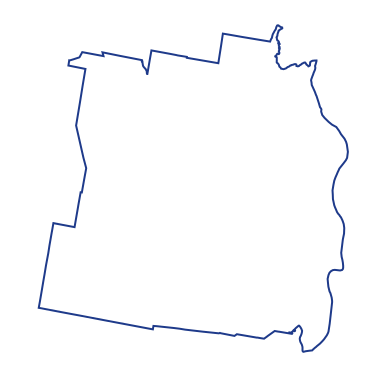 the district of San Jerónimo, Santa Fe, Argentina, rotated 358°
{"feature_id": "61730980B41711157234352", "entity_name": "San Jerónimo", "entity_type": "district", "adm_level": 2, "iso_a3": "ARG", "parent_name": "Argentina", "parent_adm1": "Santa Fe", "projection": "natural_earth1", "projection_center": [-60.965, -32.143], "detail": "fine", "context": "isolated", "style": "outline", "palette": "blue", "viewbox_px": 384, "rotation_deg": 358, "n_neighbors": 0, "source": "geoboundaries", "source_scale": "gbopen_adm2", "svg_char_len": 5634}
<svg xmlns="http://www.w3.org/2000/svg" viewBox="0 0 384 384"><g transform="rotate(358 192 192)"><path d="M324.2,113.8L323.6,112.7L322.9,111.7L321.9,107.7L319.8,100.4L319.3,99.3L318.3,96.2L316.5,91.8L315.4,89.2L315.3,87.0L314.9,84.5L315.2,83.4L316.5,80.2L317.1,78.9L317.7,77.2L319.0,74.5L319.4,73.3L319.6,72.2L319.5,71.6L319.4,70.2L319.7,69.5L320.2,68.1L320.4,67.5L321.0,65.4L321.0,64.9L318.9,64.9L318.0,65.0L317.1,65.0L316.6,65.2L315.9,65.5L315.4,65.8L315.0,66.1L314.6,66.5L314.6,67.2L314.5,67.7L314.4,68.3L314.3,69.4L314.2,69.7L313.8,70.0L312.8,70.5L312.7,70.5L312.5,70.2L312.4,69.9L312.0,69.5L311.6,69.2L311.0,68.8L310.7,68.3L310.6,68.0L310.1,67.5L310.0,67.0L309.5,66.5L308.7,66.6L308.0,66.8L307.6,67.0L306.9,67.5L306.3,67.6L305.2,68.6L304.8,68.8L304.2,69.0L303.7,69.4L303.5,69.7L303.3,69.8L302.8,69.9L302.4,70.1L301.7,70.0L301.5,69.9L300.8,69.7L300.8,68.8L300.7,68.2L300.2,67.9L299.9,67.8L299.0,67.8L298.2,68.0L297.9,68.2L297.0,68.4L295.8,68.6L295.3,69.0L294.7,69.0L293.8,69.7L293.0,70.2L292.1,70.4L291.2,71.0L290.5,71.6L289.7,71.9L288.0,72.4L287.5,72.4L286.5,72.1L286.0,72.0L285.4,71.9L285.2,71.7L284.9,70.9L284.6,70.5L284.3,70.3L284.0,70.1L283.8,69.9L283.6,69.4L283.3,68.1L283.1,67.7L282.7,67.0L282.2,66.4L281.9,66.1L281.5,65.9L281.4,65.8L281.3,65.6L281.2,65.4L281.2,65.1L281.2,64.7L281.3,64.3L281.3,63.8L281.4,60.8L281.4,60.5L281.2,60.3L281.0,60.2L280.4,59.8L280.0,59.6L279.9,59.4L279.9,59.2L280.0,59.1L280.3,59.0L280.8,59.1L281.0,59.0L281.0,58.7L281.1,58.2L281.9,57.0L282.2,56.8L282.4,56.8L282.7,56.8L283.0,56.9L283.2,57.1L283.5,57.2L283.8,57.0L283.9,56.9L284.1,56.3L284.2,56.1L284.1,55.6L283.9,55.0L283.7,54.7L283.7,54.3L283.7,54.1L284.0,53.7L284.2,53.2L284.1,52.8L284.1,52.6L284.2,52.4L284.7,52.0L284.7,51.9L284.0,51.4L283.9,51.3L283.9,50.9L284.0,50.8L284.2,50.7L284.6,50.6L284.7,50.3L284.5,49.9L284.1,49.3L283.9,49.1L283.9,48.8L283.9,48.4L283.9,48.1L284.1,47.7L284.3,47.6L284.7,47.3L284.8,47.2L284.7,46.9L284.4,46.7L283.4,46.6L283.3,46.3L283.3,46.2L283.5,45.8L284.1,45.6L284.2,45.4L283.8,44.5L283.4,44.0L283.0,43.6L282.6,43.5L282.5,43.3L282.4,43.0L282.4,42.8L282.1,41.8L282.1,41.6L282.2,41.1L282.2,40.8L281.9,40.5L282.0,40.2L282.1,39.9L282.3,39.5L282.8,38.9L282.8,38.4L282.9,37.9L283.0,37.2L283.7,35.3L283.9,35.0L284.0,34.3L284.1,34.0L284.2,33.8L284.5,33.8L284.8,33.6L285.1,33.1L285.3,33.0L285.6,32.8L286.1,32.6L286.5,32.3L287.1,32.0L287.7,31.8L287.8,31.7L288.0,31.4L287.9,31.1L287.8,30.8L287.8,30.7L286.8,30.4L285.7,29.7L284.9,29.3L284.6,28.8L284.3,28.6L283.8,28.4L283.5,28.4L282.9,28.6L282.5,29.3L282.0,30.2L281.3,32.5L280.5,33.4L278.3,37.1L277.8,38.5L277.2,40.8L276.3,42.1L275.3,44.4L265.3,42.4L250.5,39.4L248.0,38.9L234.3,36.0L228.4,34.8L226.2,46.6L222.8,64.2L212.7,62.1L191.5,57.7L191.6,56.8L188.6,56.2L182.5,55.0L181.1,54.6L175.0,53.2L156.4,49.1L154.6,57.5L153.4,63.3L152.7,66.7L151.5,72.5L151.3,72.5L151.1,72.2L151.0,71.4L151.0,70.2L150.9,69.9L150.9,69.4L150.6,68.9L150.0,67.7L149.9,67.4L149.3,66.8L148.9,66.3L148.5,65.8L148.1,65.3L147.9,65.0L147.6,64.5L147.4,63.7L147.2,62.4L147.0,60.5L147.0,60.4L146.9,60.4L146.7,60.5L146.5,60.2L146.4,59.8L146.5,59.6L146.7,59.3L146.8,58.9L146.8,58.7L146.7,58.5L124.6,53.4L107.4,49.3L108.3,53.1L87.2,48.4L84.4,53.2L83.9,53.6L83.6,53.7L82.1,54.1L79.0,55.0L78.7,55.1L75.3,56.0L74.6,56.2L74.3,56.2L73.9,56.1L72.9,61.3L82.2,63.5L89.8,65.3L86.5,81.5L83.2,98.3L78.5,121.5L84.7,154.0L87.1,164.5L86.5,167.3L84.9,174.6L81.9,188.6L80.7,188.4L77.8,201.9L77.8,202.0L73.4,223.0L52.4,218.3L50.7,226.3L50.5,227.1L47.7,240.4L46.2,248.3L43.5,260.4L41.8,268.9L40.3,276.0L38.7,283.9L36.2,296.0L34.8,302.4L56.4,307.3L66.7,309.6L75.3,311.5L99.1,316.9L145.4,327.3L148.1,327.9L148.8,324.5L152.2,324.9L169.2,327.3L174.9,328.2L180.3,329.3L198.2,332.0L214.0,334.2L214.7,333.9L215.0,333.8L215.4,334.0L215.6,334.1L229.4,337.3L231.9,335.7L251.7,339.8L252.4,339.8L256.2,340.6L258.9,341.1L261.9,339.1L262.4,338.7L269.8,333.8L273.6,334.6L273.9,334.6L284.7,336.8L284.3,336.4L284.2,336.0L284.3,335.7L284.5,335.7L284.9,335.8L285.3,335.8L285.7,336.1L286.3,336.6L286.8,337.0L287.0,337.1L287.2,336.9L287.3,336.7L287.1,336.6L286.8,336.3L286.7,336.0L286.7,335.7L286.9,335.4L287.7,334.8L288.5,333.9L288.8,333.5L289.1,333.3L289.4,333.3L289.4,333.5L289.2,333.9L289.3,334.3L289.4,334.6L289.7,334.7L289.9,334.6L290.1,334.4L290.2,334.2L290.2,333.9L289.9,333.3L290.0,332.6L290.9,331.7L293.8,329.4L294.1,329.3L294.3,329.4L294.5,329.4L295.5,330.7L296.5,332.5L297.2,334.6L296.9,336.3L296.4,337.9L295.6,339.7L295.0,340.7L294.6,342.0L294.6,342.9L294.8,344.5L295.2,345.9L296.4,348.3L296.9,350.2L297.0,351.1L297.0,351.9L296.9,353.9L297.0,354.8L297.4,355.4L297.9,355.6L300.1,355.1L304.0,354.7L306.6,354.5L307.0,354.1L307.8,353.3L308.1,353.1L309.5,351.9L310.3,351.4L311.3,350.5L314.6,348.0L316.6,346.1L317.3,345.4L318.9,343.7L321.7,340.0L322.4,338.8L322.7,338.1L323.0,337.7L323.6,336.0L323.6,335.9L325.0,328.5L328.2,306.9L328.2,305.3L327.9,302.4L326.8,297.9L326.0,296.2L325.0,291.4L324.7,287.2L324.5,283.6L325.5,279.8L326.6,277.5L328.1,276.0L330.0,275.0L332.0,274.8L337.3,275.6L339.2,275.2L340.0,274.4L340.4,273.2L340.5,271.1L340.3,267.8L339.9,265.0L339.3,262.1L339.0,258.0L339.7,253.6L341.1,244.7L342.5,238.9L342.9,233.3L342.5,229.3L341.4,225.7L340.0,222.5L339.2,221.5L338.4,220.1L337.2,218.7L336.2,217.0L335.4,214.8L334.4,212.3L333.7,210.2L333.0,206.2L332.6,204.1L332.6,199.6L332.5,195.3L333.6,189.8L334.6,185.6L335.9,182.4L337.4,179.3L338.3,177.3L339.3,175.4L340.1,173.7L344.3,168.8L346.9,165.6L348.2,163.3L349.2,157.3L348.4,149.8L347.7,147.2L346.3,144.1L342.9,139.4L341.3,136.3L338.5,132.1L334.3,129.6L331.0,126.7L329.0,124.6L327.1,122.6L324.9,119.7L323.9,116.2L324.2,113.8Z" fill="none" stroke="#1e3a8a" stroke-width="2"/></g></svg>